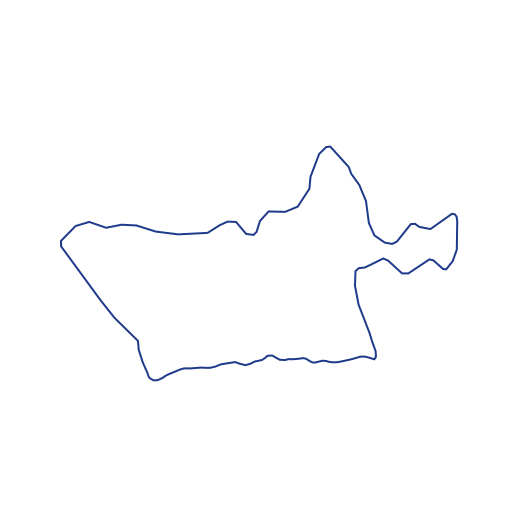 outline of San Juan Bautista, Suchitepéquez, Guatemala, rotated 41°
{"feature_id": "79465075B53380304625786", "entity_name": "San Juan Bautista", "entity_type": "district", "adm_level": 2, "iso_a3": "GTM", "parent_name": "Guatemala", "parent_adm1": "Suchitepéquez", "projection": "mercator", "projection_center": [-91.188, 14.433], "detail": "fine", "context": "isolated", "style": "outline", "palette": "blue", "viewbox_px": 512, "rotation_deg": 41, "n_neighbors": 0, "source": "geoboundaries", "source_scale": "gbopen_adm2", "svg_char_len": 1684}
<svg xmlns="http://www.w3.org/2000/svg" viewBox="0 0 512 512"><g transform="rotate(41 256 256)"><path d="M240.2,124.7L237.5,127.8L236.7,137.5L245.1,160.3L252.2,170.3L255.1,191.4L249.0,203.6L236.3,214.1L236.0,226.9L240.6,237.4L240.3,241.7L234.1,245.8L218.6,243.4L212.0,248.7L208.4,256.6L204.3,270.3L183.1,290.7L164.2,303.4L145.7,311.4L134.0,320.6L124.4,333.0L107.8,339.7L100.2,351.7L98.9,372.5L102.6,376.6L167.8,391.4L189.7,395.5L222.6,397.5L229.0,403.7L240.0,410.4L250.4,415.3L254.2,417.5L256.2,417.9L260.1,417.1L262.8,414.8L264.3,412.0L265.5,409.2L266.3,405.8L267.8,402.2L270.2,397.5L273.5,390.9L275.5,388.0L280.2,383.9L287.7,376.3L292.5,372.5L294.9,370.3L297.9,366.1L300.7,360.6L309.9,349.7L313.9,348.2L319.7,345.3L322.6,340.7L324.1,336.8L326.4,333.7L328.7,330.6L329.8,326.8L330.1,323.8L333.5,320.5L338.4,319.5L341.9,318.8L346.3,315.4L348.0,312.7L351.6,309.7L354.0,307.2L356.5,304.6L358.6,302.1L361.2,300.7L365.9,300.0L368.5,299.2L370.5,297.7L372.7,294.5L374.7,291.6L377.8,289.2L380.1,288.2L382.2,286.9L384.1,285.5L386.0,283.8L387.6,282.1L389.5,279.7L392.3,276.0L394.0,273.7L395.6,271.5L397.0,269.4L398.6,266.9L399.9,264.9L401.3,263.0L403.1,261.4L405.0,260.0L408.8,258.2L413.1,256.3L412.6,253.3L408.8,249.4L399.5,244.2L392.0,239.5L365.3,225.4L350.2,213.5L341.0,202.1L341.5,197.9L345.8,193.1L353.7,174.4L358.7,172.8L377.7,173.3L382.4,169.2L389.1,144.8L392.8,142.9L405.6,143.1L408.3,141.3L407.8,130.8L403.4,119.5L385.2,97.9L381.6,94.7L378.7,94.1L376.2,95.6L370.0,121.2L360.2,126.9L354.9,127.4L351.9,130.4L352.9,152.7L350.8,157.6L344.4,161.4L331.8,162.8L319.5,157.0L303.0,142.4L287.3,134.6L274.0,131.5L267.6,128.0L240.2,124.7Z" fill="none" stroke="#1e3a8a" stroke-width="2"/></g></svg>